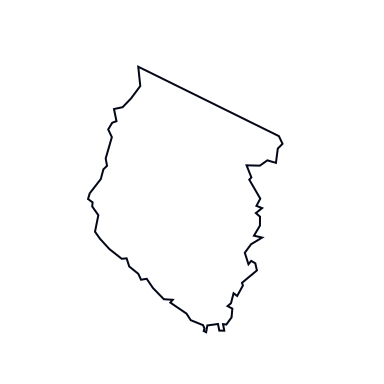 Burleson, Texas, United States of America (Natural Earth projection), rotated 58°
{"feature_id": "52423323B90377685931333", "entity_name": "Burleson", "entity_type": "district", "adm_level": 2, "iso_a3": "USA", "parent_name": "United States of America", "parent_adm1": "Texas", "projection": "natural_earth1", "projection_center": [-96.537, 30.513], "detail": "fine", "context": "isolated", "style": "outline", "palette": "ink", "viewbox_px": 384, "rotation_deg": 58, "n_neighbors": 0, "source": "geoboundaries", "source_scale": "gbopen_adm2", "svg_char_len": 1053}
<svg xmlns="http://www.w3.org/2000/svg" viewBox="0 0 384 384"><g transform="rotate(58 192 192)"><path d="M57.3,171.2L74.7,179.7L80.4,194.3L83.3,205.9L80.3,214.2L91.9,218.5L91.0,223.0L94.5,229.9L103.0,230.9L117.8,247.4L124.8,250.2L125.8,255.1L132.7,262.5L138.9,279.4L142.9,283.9L148.1,281.8L151.4,284.3L162.0,283.7L174.3,295.3L183.0,294.8L196.6,292.3L211.4,287.0L213.6,282.6L221.9,284.7L232.9,280.9L239.4,281.7L241.6,276.4L252.6,276.0L268.0,272.7L273.2,265.5L274.3,269.0L292.2,261.1L300.0,261.0L310.8,253.2L314.2,253.7L316.1,255.7L318.4,254.3L313.3,249.7L317.7,239.9L324.0,242.3L326.7,238.1L320.5,235.7L322.6,233.1L319.3,224.9L312.3,219.6L307.6,222.3L307.0,217.9L299.9,210.4L304.1,208.8L298.3,198.4L295.5,197.7L292.9,178.5L286.0,176.1L281.8,178.3L283.2,182.4L271.5,179.4L267.6,169.6L267.8,156.7L261.9,162.6L256.5,152.2L249.0,147.4L243.7,149.0L242.8,141.1L237.9,144.7L233.8,137.6L211.9,136.9L211.1,133.9L198.3,131.6L205.6,120.5L205.1,111.3L211.8,105.4L200.6,96.2L199.1,89.7L190.7,88.7L57.3,171.2Z" fill="none" stroke="#020617" stroke-width="2"/></g></svg>